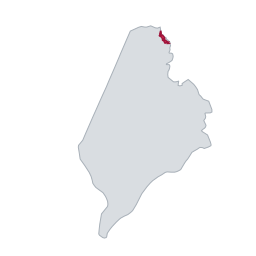 Syria, with Quneitra highlighted, rotated 147°
{"feature_id": "SYR-145", "entity_name": "Quneitra", "entity_type": "Province", "adm_level": 1, "iso_a3": "SYR", "parent_name": "Syria", "parent_adm1": "", "projection": "albers", "projection_center": [35.916, 33.079], "detail": "fine", "context": "in_parent", "style": "filled", "palette": "rose", "viewbox_px": 256, "rotation_deg": 147, "n_neighbors": 0, "source": "natural_earth", "source_scale": "10m", "svg_char_len": 3226}
<svg xmlns="http://www.w3.org/2000/svg" viewBox="0 0 256 256"><g transform="rotate(147 128 128)"><path d="M48.9,95.7L50.8,95.9L54.9,98.4L55.5,98.3L56.7,95.1L57.9,94.0L60.4,93.0L61.1,87.8L62.3,86.7L63.7,86.2L65.8,86.1L67.7,85.8L67.8,84.8L65.1,78.8L65.4,77.3L66.6,71.2L67.4,68.8L68.1,68.0L71.1,68.3L75.2,69.3L76.3,71.1L78.4,72.6L81.4,72.5L84.9,72.7L87.7,72.8L89.9,71.7L94.8,69.5L97.2,68.8L99.4,67.9L106.5,64.4L109.3,64.6L111.3,65.0L112.8,65.5L116.2,67.7L119.1,69.9L121.0,70.5L124.6,70.4L129.6,70.7L135.9,70.4L139.5,69.7L144.1,68.4L152.2,65.4L162.9,59.2L169.1,56.2L171.8,55.7L175.4,55.5L179.0,56.1L183.1,56.4L185.0,56.2L189.3,55.4L194.9,54.0L198.5,52.8L202.7,51.0L205.2,48.3L206.1,48.0L207.2,48.4L207.7,48.5L208.9,49.9L210.3,53.6L210.3,54.0L210.2,55.1L207.6,58.4L204.0,62.8L201.4,65.6L197.0,70.4L193.6,71.5L187.8,73.4L186.3,75.1L185.0,77.7L184.3,81.2L184.1,83.4L184.2,87.4L185.8,91.5L187.3,95.5L187.6,98.1L187.6,100.8L186.5,103.6L185.3,107.5L184.7,111.9L184.7,120.1L185.0,127.0L185.0,128.1L182.7,133.1L180.1,139.0L178.9,140.4L172.6,142.4L165.9,146.9L158.3,151.9L151.5,156.4L144.2,161.1L136.7,166.0L131.3,169.5L124.0,174.1L117.4,178.6L110.7,183.0L105.6,186.4L97.7,191.7L93.2,194.8L86.4,199.3L80.4,203.3L73.3,208.0L64.4,206.7L61.5,205.9L59.2,203.7L57.5,202.5L53.3,201.3L50.6,197.2L48.9,195.7L46.1,195.1L47.3,192.4L47.6,190.7L48.8,188.5L48.0,187.1L47.6,184.1L47.1,183.4L46.9,182.6L47.3,181.7L47.2,180.7L46.7,180.3L46.5,178.8L46.1,177.7L46.3,176.3L46.9,175.5L47.5,173.8L48.3,173.3L49.5,172.3L49.8,171.2L50.8,170.1L52.3,169.2L52.6,168.5L52.4,168.1L51.0,167.3L50.2,165.9L50.9,163.9L51.3,163.3L52.2,162.3L54.1,160.8L55.6,160.6L56.9,160.6L59.0,160.7L60.7,160.9L61.2,160.5L61.1,160.1L59.0,158.8L58.9,157.9L59.4,156.8L60.9,155.2L62.6,154.0L63.5,153.7L65.5,151.3L66.8,148.6L64.7,142.0L63.4,141.0L61.4,140.1L60.2,139.9L60.1,139.5L61.7,137.8L62.8,136.4L61.5,135.0L59.3,134.3L58.4,135.8L55.5,135.9L51.1,135.9L49.1,128.9L48.8,125.9L48.8,122.4L50.2,117.3L49.6,115.0L49.5,113.4L49.2,111.2L45.7,106.5L47.6,97.8L48.9,95.7Z" fill="#d9dde1" stroke="#a8b0b8" stroke-width="1"/><path d="M47.7,191.9L48.1,190.5L48.8,189.0L49.4,188.4L49.7,187.8L49.0,187.2L48.5,187.0L48.2,184.2L48.3,183.4L48.8,183.4L49.2,183.4L49.2,183.1L48.9,183.0L48.9,182.9L49.0,182.8L49.1,182.7L49.4,182.6L49.4,182.4L49.4,182.1L49.4,181.6L49.3,181.4L49.2,181.3L49.1,181.2L48.8,181.3L48.7,181.2L48.6,180.9L48.8,180.7L48.7,180.4L48.4,180.0L48.2,179.7L48.1,179.4L47.9,178.4L47.8,178.2L47.7,178.1L47.4,178.1L47.2,178.0L47.0,177.9L47.3,177.7L47.5,177.6L47.7,177.3L47.7,177.0L47.6,176.7L48.7,177.3L49.0,177.5L48.9,177.6L48.7,177.9L48.6,178.0L48.6,178.4L48.5,178.5L48.6,178.8L48.8,179.2L48.8,179.3L48.9,179.2L49.0,179.1L49.0,178.9L49.3,178.8L49.9,178.9L50.2,178.9L50.6,178.9L50.7,179.0L50.8,179.1L50.8,179.3L50.7,179.6L50.7,180.0L50.7,180.4L50.5,181.6L50.5,181.9L50.5,182.0L50.9,182.2L50.9,182.3L51.0,182.4L51.1,182.6L51.2,182.8L50.9,183.4L50.7,183.8L50.3,185.8L50.3,186.0L50.5,186.3L50.8,186.8L50.9,187.1L51.0,187.3L51.2,187.5L51.3,188.0L51.4,188.3L51.2,188.4L51.0,188.2L50.9,188.0L50.9,187.9L50.7,187.9L50.3,187.9L50.2,187.9L50.1,188.0L49.9,188.2L50.0,188.3L50.1,188.5L50.2,189.3L50.2,189.5L49.3,190.3L47.9,191.6L47.7,191.9Z" fill="#f43f5e" stroke="#9f1239" stroke-width="1.5"/></g></svg>